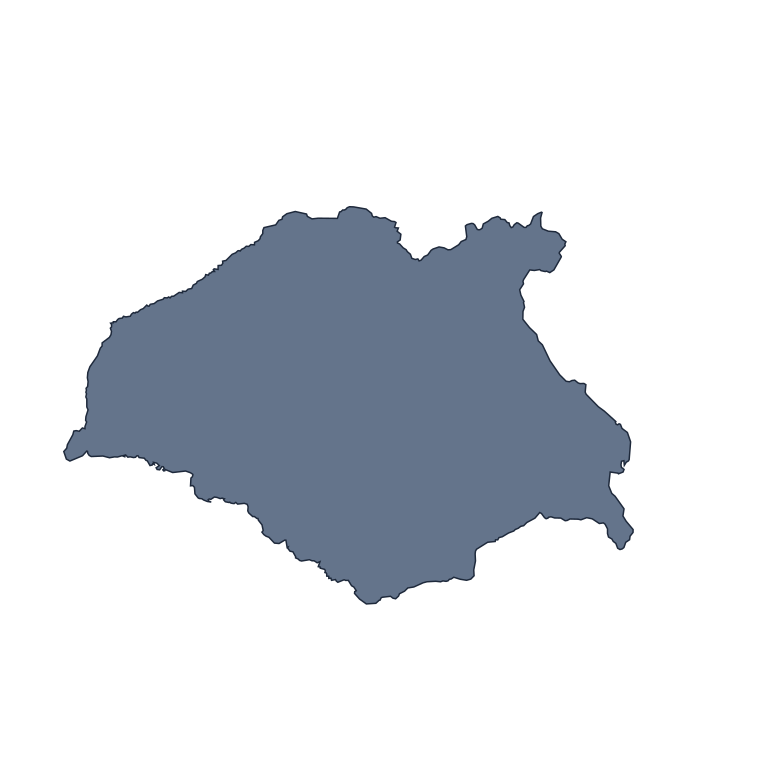 the district of Valea Sarii, Vrancea, Romania, rotated 289°
{"feature_id": "2599482B85092862889515", "entity_name": "Valea Sarii", "entity_type": "district", "adm_level": 2, "iso_a3": "ROU", "parent_name": "Romania", "parent_adm1": "Vrancea", "projection": "mercator", "projection_center": [26.811, 45.87], "detail": "fine", "context": "isolated", "style": "filled", "palette": "slate", "viewbox_px": 768, "rotation_deg": 289, "n_neighbors": 0, "source": "geoboundaries", "source_scale": "gbopen_adm2", "svg_char_len": 6171}
<svg xmlns="http://www.w3.org/2000/svg" viewBox="0 0 768 768"><g transform="rotate(289 384 384)"><path d="M324.7,667.8L327.5,666.9L333.1,657.6L337.0,652.9L344.1,651.6L353.1,639.0L354.7,635.0L360.9,629.6L374.4,626.5L375.9,634.3L375.4,634.9L378.6,638.7L381.4,638.8L382.5,635.6L384.7,634.4L388.3,633.7L389.6,635.8L385.3,637.7L388.9,638.5L390.9,640.2L392.4,640.4L409.6,636.0L417.4,629.9L419.5,623.5L422.8,620.7L422.9,619.2L421.5,618.2L421.5,616.6L423.3,615.1L424.0,615.4L430.1,601.1L432.3,594.0L440.1,578.5L441.8,576.9L449.1,575.1L449.6,572.8L448.2,569.2L448.2,567.2L449.7,563.1L448.5,560.6L446.5,558.6L445.9,555.3L449.9,547.1L459.9,533.5L472.6,521.0L475.0,515.8L480.5,512.2L484.7,503.2L490.4,494.2L497.9,491.8L502.3,491.9L506.4,489.4L507.6,489.5L512.6,484.5L517.3,481.6L524.1,483.3L526.3,482.0L528.1,482.0L539.3,484.7L540.3,489.2L542.9,494.0L542.3,495.5L542.8,499.8L543.6,500.9L543.3,504.5L547.2,507.5L561.5,510.2L562.4,510.1L564.8,507.0L565.8,507.0L573.7,510.3L575.3,509.4L577.7,509.7L578.9,505.3L583.1,500.4L583.8,496.7L582.0,489.6L582.3,483.2L584.3,480.9L592.0,478.0L597.6,477.6L597.7,476.9L595.1,473.9L591.0,470.8L583.0,470.5L581.0,469.2L580.3,468.0L578.3,467.3L577.7,465.5L579.8,458.5L579.7,457.1L577.1,455.3L574.4,454.7L573.3,453.4L574.8,451.3L577.0,449.8L576.8,447.9L578.8,444.7L577.8,440.7L578.9,439.8L579.5,437.1L575.8,432.0L571.9,429.6L567.7,425.8L563.3,426.1L561.4,424.7L560.7,423.6L560.5,421.9L564.1,417.8L564.7,415.9L564.3,414.3L561.7,410.6L559.9,409.5L550.2,414.3L547.3,414.4L543.8,410.6L540.0,409.3L532.8,403.4L531.7,400.8L532.3,396.5L531.5,391.4L527.6,386.4L525.7,385.0L520.2,383.3L517.6,380.5L513.1,378.7L511.8,377.1L513.3,375.3L511.9,373.0L511.9,369.4L515.3,366.7L516.7,363.0L518.2,361.2L519.0,357.7L521.5,353.2L521.7,350.8L522.8,350.4L525.4,352.4L531.1,351.2L532.7,346.7L536.2,346.8L535.5,344.1L535.7,342.9L540.6,342.8L541.0,341.1L540.3,338.1L541.6,330.9L539.4,326.2L539.7,322.0L538.4,320.0L539.1,318.2L541.3,316.7L543.6,310.2L541.6,297.7L540.4,293.7L538.7,291.8L536.6,290.9L535.4,289.6L535.2,288.4L532.9,287.1L532.2,286.0L525.4,286.0L519.3,267.7L516.7,262.2L517.5,257.0L519.5,255.4L518.2,243.9L513.4,236.7L509.1,233.7L506.5,233.9L504.5,231.3L499.2,229.8L492.8,219.6L489.8,219.4L486.7,220.4L483.0,219.2L481.0,219.5L478.5,218.4L475.8,215.5L473.4,216.2L472.5,212.7L470.1,211.4L469.4,208.9L466.9,207.5L465.0,205.5L462.9,204.7L462.9,203.5L462.4,202.5L459.7,201.0L457.2,198.2L449.4,194.4L447.6,191.4L445.7,192.3L443.4,191.7L442.0,188.6L438.3,189.8L437.6,185.9L436.5,185.4L435.2,187.1L434.4,185.1L432.3,183.9L431.9,182.8L429.8,182.6L429.4,179.8L427.1,179.9L423.9,178.1L420.1,174.1L418.1,173.9L415.4,171.4L411.7,171.1L409.9,167.9L407.0,166.4L406.2,163.2L404.7,163.8L403.9,160.5L398.5,156.5L397.8,154.6L395.8,153.7L396.2,152.1L394.8,150.9L394.1,148.2L392.2,147.5L388.8,142.8L385.2,140.5L383.3,137.1L381.1,136.5L380.8,135.6L381.4,134.0L376.9,131.8L375.0,129.6L371.5,127.6L371.3,126.2L370.0,125.5L369.9,123.8L367.7,122.4L365.5,122.1L363.4,118.1L363.2,115.6L361.1,115.1L359.7,112.2L358.3,111.2L355.6,110.4L354.7,107.8L353.8,108.1L352.5,105.7L351.5,107.1L349.1,107.8L347.7,107.1L345.1,109.2L341.8,109.8L338.7,109.2L331.1,104.1L328.1,105.1L325.5,104.1L317.3,103.9L304.6,100.3L298.5,100.2L293.3,101.5L290.0,103.4L285.1,104.6L283.0,103.7L281.1,104.7L279.2,104.8L277.9,105.9L274.7,106.3L273.0,107.9L265.5,110.5L263.2,112.6L256.1,112.8L252.5,113.7L251.3,115.2L246.5,115.1L244.4,115.8L244.2,113.1L240.1,111.2L239.7,108.1L238.5,106.0L234.7,106.3L223.6,104.4L220.0,104.9L215.9,103.2L209.6,108.1L208.9,112.1L218.0,122.3L223.8,124.8L223.8,125.6L222.0,126.5L220.5,128.5L220.1,130.8L224.4,141.7L224.9,148.5L227.4,153.0L228.2,155.8L230.9,159.7L230.8,162.6L231.9,162.5L231.9,161.5L232.8,162.8L231.4,165.6L232.5,167.7L232.9,171.1L233.8,172.9L235.5,173.6L236.1,174.7L234.7,176.4L235.8,181.5L234.3,183.8L234.3,185.2L230.7,189.3L231.9,191.2L233.4,191.3L233.1,193.0L234.9,191.6L235.2,195.0L233.7,198.1L230.6,195.8L229.3,197.3L229.8,199.8L233.6,200.9L233.9,202.2L232.6,203.7L230.8,202.8L230.1,204.0L230.6,205.0L231.9,205.0L231.5,213.0L237.1,224.7L237.1,229.7L236.4,232.5L235.9,232.9L233.9,233.0L232.2,232.1L224.7,234.2L225.7,236.2L224.6,238.4L218.6,241.0L215.8,245.3L215.6,246.6L216.2,249.1L215.6,251.2L215.4,255.2L216.1,259.1L216.2,256.6L217.4,255.4L218.4,256.2L218.5,257.8L221.9,260.4L222.4,263.1L222.3,266.4L223.4,268.1L223.5,270.5L222.3,270.0L221.0,272.3L221.5,276.1L222.1,276.7L221.6,277.7L221.7,279.2L222.1,281.2L223.8,282.4L222.8,284.7L225.7,290.8L225.7,293.8L223.7,295.5L219.7,296.5L218.1,298.0L215.9,303.0L216.5,304.6L215.5,307.5L215.8,308.6L214.3,309.6L211.1,314.5L206.1,317.5L204.2,316.8L202.5,319.4L201.7,322.0L201.6,325.1L197.9,332.2L199.0,336.7L204.1,341.0L204.4,342.1L197.8,345.7L198.5,346.4L197.5,346.3L195.3,349.6L195.7,352.5L191.9,356.7L190.8,357.0L190.6,359.7L189.7,361.6L189.8,363.7L193.6,370.7L193.4,373.4L194.1,375.5L193.2,379.0L195.2,381.3L189.9,381.3L190.1,383.3L189.1,383.7L189.4,388.2L188.3,389.4L186.5,389.5L186.6,390.7L185.9,391.6L183.7,392.4L184.2,394.4L182.2,395.1L183.1,397.0L181.3,398.3L183.3,401.8L182.1,403.1L181.5,404.9L185.9,410.0L185.8,411.7L186.7,414.2L182.7,419.0L182.2,421.6L179.5,425.1L178.2,423.9L176.4,424.3L172.7,430.9L170.3,438.9L174.0,447.7L177.9,449.8L178.4,450.7L180.6,450.8L181.7,451.6L185.4,459.3L184.4,462.2L184.7,464.9L188.2,466.8L190.7,466.9L194.8,470.9L198.9,472.9L201.8,478.3L208.7,485.6L211.0,489.0L214.3,497.1L215.4,501.9L217.0,503.8L217.6,506.9L218.7,508.6L220.6,509.4L221.5,511.0L224.0,512.9L224.2,519.6L225.3,526.0L227.8,529.6L232.0,531.6L237.4,529.4L246.5,528.1L253.0,525.5L255.8,524.9L257.9,525.3L268.1,533.5L271.3,540.4L273.0,540.2L273.7,542.3L276.2,542.7L278.1,545.6L283.7,550.3L287.3,554.6L289.2,555.5L291.3,557.9L294.0,559.7L295.5,562.2L299.5,564.1L306.3,570.4L313.2,573.1L312.8,575.1L309.9,579.3L309.4,581.1L310.5,582.7L311.5,582.9L312.8,585.1L312.9,589.0L314.8,594.8L313.7,599.8L314.6,601.6L316.9,603.8L319.4,611.6L319.7,614.4L323.6,619.2L324.3,624.8L322.2,633.0L324.1,636.7L323.4,638.7L319.8,642.5L315.4,644.0L312.4,646.1L311.6,650.0L309.8,652.0L308.8,655.1L304.8,658.4L304.3,661.0L305.6,662.9L307.5,664.1L313.0,664.1L316.7,666.9L320.2,666.2L324.7,667.8Z" fill="#64748b" stroke="#1e293b" stroke-width="1.5"/></g></svg>